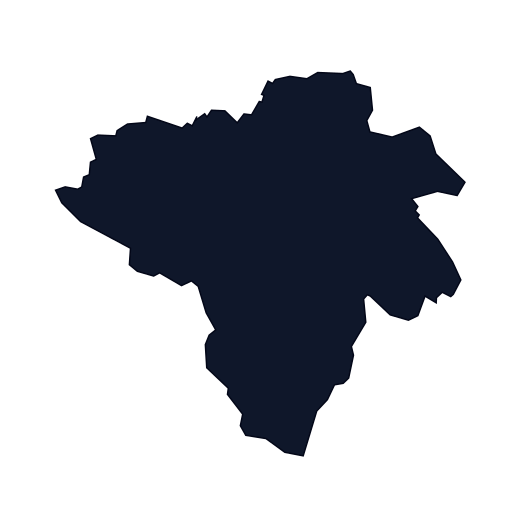 Dolneni, Dolneni, North Macedonia (orthographic projection), rotated 186°
{"feature_id": "65306769B25269203277023", "entity_name": "Dolneni", "entity_type": "district", "adm_level": 2, "iso_a3": "MKD", "parent_name": "North Macedonia", "parent_adm1": "Dolneni", "projection": "orthographic", "projection_center": [21.418, 41.482], "detail": "fine", "context": "isolated", "style": "filled", "palette": "ink", "viewbox_px": 512, "rotation_deg": 186, "n_neighbors": 0, "source": "geoboundaries", "source_scale": "gbopen_adm2", "svg_char_len": 1394}
<svg xmlns="http://www.w3.org/2000/svg" viewBox="0 0 512 512"><g transform="rotate(186 256 256)"><path d="M188.2,62.2L179.4,108.2L170.0,120.6L164.5,136.1L156.0,138.5L151.1,144.3L148.7,167.5L151.7,176.0L139.9,201.6L144.5,224.5L141.2,229.1L138.1,228.1L116.4,211.5L97.7,208.1L88.8,213.6L83.7,233.8L71.9,228.3L72.2,233.4L67.0,239.4L58.1,236.0L55.8,238.5L49.8,253.6L59.9,270.6L77.0,291.7L99.4,310.8L98.0,313.9L102.4,317.5L100.2,322.1L107.3,329.3L82.3,339.3L62.3,337.2L55.9,351.2L87.8,376.3L95.4,393.6L107.0,401.2L133.0,388.5L155.7,391.3L160.0,402.3L155.4,413.2L160.0,435.5L174.2,437.9L178.3,446.6L181.6,449.8L188.7,446.5L213.8,444.9L223.9,437.6L241.0,438.2L255.2,433.5L257.6,429.3L262.3,431.2L267.3,417.3L264.8,416.6L266.2,409.6L268.9,410.0L275.2,395.9L282.8,396.0L288.6,386.5L302.1,397.1L315.5,396.3L319.3,389.1L321.9,392.1L330.7,384.3L329.3,388.6L333.0,378.8L338.2,380.8L342.8,375.5L378.6,383.6L379.6,377.2L397.6,373.8L407.2,366.2L408.0,360.8L425.9,359.7L432.8,355.4L424.9,335.4L430.4,332.0L430.3,319.4L435.7,316.5L436.5,306.4L440.3,303.8L453.0,304.8L462.2,300.5L454.7,288.6L434.0,271.9L381.6,250.6L381.0,234.1L372.4,228.4L355.7,225.4L350.1,229.2L327.0,218.8L317.6,224.5L310.3,219.8L299.6,194.3L288.3,178.3L294.3,172.4L297.1,162.6L293.3,139.7L269.7,121.6L269.9,115.4L252.7,97.3L253.8,85.6L247.4,76.6L227.0,75.5L206.8,63.8L188.2,62.2Z" fill="#0f172a" stroke="#020617" stroke-width="1.5"/></g></svg>